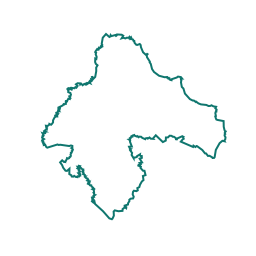 the district of Tangerang, Banten, Indonesia, rotated 45°
{"feature_id": "22746128B62876177397182", "entity_name": "Tangerang", "entity_type": "district", "adm_level": 2, "iso_a3": "IDN", "parent_name": "Indonesia", "parent_adm1": "Banten", "projection": "albers", "projection_center": [106.513, -6.182], "detail": "fine", "context": "isolated", "style": "outline", "palette": "teal", "viewbox_px": 256, "rotation_deg": 45, "n_neighbors": 0, "source": "geoboundaries", "source_scale": "gbopen_adm2", "svg_char_len": 5824}
<svg xmlns="http://www.w3.org/2000/svg" viewBox="0 0 256 256"><g transform="rotate(45 128 128)"><path d="M178.7,205.1L181.1,203.9L181.1,203.0L180.0,200.0L176.9,197.2L176.9,195.6L180.1,193.6L182.7,190.5L181.5,189.1L181.8,187.1L182.1,186.2L183.4,186.0L182.8,185.2L180.9,185.7L180.5,185.3L182.1,182.1L181.2,181.1L180.7,178.7L179.7,177.9L179.8,176.2L181.4,174.2L180.7,172.6L178.2,171.6L176.7,169.6L176.5,168.2L178.6,166.7L179.0,165.2L177.1,163.9L177.8,161.8L176.6,159.6L175.6,156.0L175.8,153.9L172.5,151.4L173.7,148.9L169.9,146.6L168.8,147.6L165.1,147.4L164.5,146.3L161.9,147.3L161.5,146.5L162.7,145.8L162.7,144.5L161.0,144.4L162.3,142.4L157.9,141.4L158.9,139.3L157.5,138.1L156.9,138.8L155.6,138.9L155.1,138.2L154.3,141.5L154.7,141.9L154.2,143.4L152.9,144.9L153.4,145.4L149.6,144.5L148.5,142.7L145.5,142.3L145.6,141.8L144.7,141.7L144.8,140.9L144.1,141.3L142.0,140.5L143.8,138.4L139.1,136.3L138.3,135.2L136.8,135.5L137.3,134.7L137.1,133.5L136.5,133.5L136.8,131.4L136.3,131.3L136.5,130.6L137.1,130.6L136.7,129.8L137.3,128.7L137.6,129.0L140.3,127.8L140.3,127.2L142.0,127.0L141.9,126.3L143.5,124.9L145.1,124.9L148.1,123.7L147.8,122.9L148.7,121.5L149.5,121.5L149.9,119.5L151.6,119.5L153.4,117.9L153.1,117.9L152.8,113.5L162.6,113.3L163.6,110.2L161.5,107.9L162.9,106.4L162.9,104.0L164.4,102.7L165.7,102.6L166.7,101.7L169.3,101.3L169.9,102.0L170.6,101.5L170.3,100.3L172.2,95.4L173.0,95.2L172.8,95.7L173.7,95.6L175.0,96.2L174.7,97.3L175.0,100.3L187.4,95.4L186.8,94.2L189.1,93.8L189.2,92.3L189.7,92.0L196.1,91.0L200.4,91.5L201.2,90.8L204.3,91.2L205.3,90.0L208.3,89.2L209.0,89.4L210.0,88.3L209.9,87.4L205.6,81.4L203.5,73.9L203.8,70.3L205.7,69.1L205.0,68.9L204.8,67.3L203.5,65.6L201.7,65.1L200.9,64.1L201.0,63.5L199.9,63.1L199.5,61.4L198.9,61.7L197.5,61.1L194.9,59.5L190.7,55.5L185.6,59.0L184.5,59.5L183.6,59.2L181.5,58.1L181.7,57.4L179.2,55.7L178.3,53.9L178.7,53.7L177.6,52.3L175.8,52.3L175.3,50.7L173.1,52.3L171.0,52.9L170.5,54.3L169.4,55.5L167.1,56.3L162.9,59.7L160.4,60.8L157.5,61.2L157.5,61.7L155.2,62.0L154.4,62.8L151.3,63.8L143.9,63.4L139.3,60.9L137.0,60.9L133.1,58.2L131.8,56.2L131.3,56.4L130.2,55.5L130.0,54.9L130.4,54.7L129.4,54.6L127.0,56.3L126.8,57.8L124.4,62.6L125.0,63.4L123.5,64.3L123.9,64.6L122.2,63.6L121.7,64.4L121.1,63.9L120.4,64.7L119.6,64.3L118.0,66.2L113.0,69.1L106.8,70.0L103.3,69.3L98.8,66.6L96.8,66.2L96.5,65.6L91.4,64.5L89.7,63.3L89.6,62.0L89.1,62.1L89.0,63.6L85.1,63.8L80.0,61.7L78.3,60.4L76.9,60.3L75.9,62.6L75.0,63.3L72.3,63.1L70.9,62.0L70.3,62.5L69.1,61.9L67.9,62.5L66.7,62.0L67.1,62.9L66.8,63.4L65.7,62.4L65.5,63.4L64.6,62.8L64.6,63.9L63.3,65.0L62.8,66.5L60.9,67.5L60.1,69.0L59.4,66.1L57.6,66.5L54.0,69.7L53.8,70.3L54.5,70.7L54.4,71.4L53.2,71.4L51.3,74.7L50.1,74.6L50.8,75.7L50.5,76.8L46.0,77.1L46.3,82.0L49.9,87.1L51.0,87.4L51.0,88.0L51.7,88.3L50.9,88.9L51.0,89.5L52.0,89.6L51.6,91.5L50.6,91.8L51.1,93.2L51.7,93.4L51.5,93.9L50.4,94.1L50.9,97.1L51.3,97.6L52.2,97.3L53.0,98.7L55.6,99.9L56.8,101.6L55.7,102.0L58.1,104.6L59.9,105.4L62.1,105.2L62.8,107.8L65.3,110.2L68.7,115.1L68.7,117.2L68.0,117.5L66.8,117.0L66.5,117.4L68.8,118.7L68.8,119.4L67.7,119.7L69.1,120.7L68.9,121.3L68.0,121.0L67.7,121.3L67.9,122.7L69.4,123.1L68.6,123.4L68.3,124.3L67.1,125.1L67.1,125.7L68.1,125.6L67.9,126.7L67.3,127.3L66.5,126.8L65.8,128.2L65.7,129.8L63.4,129.8L63.4,131.0L62.5,130.4L60.7,132.0L60.3,133.9L62.6,133.9L63.0,136.0L61.9,136.3L62.1,137.7L60.3,139.1L61.0,140.7L60.3,140.9L59.7,139.9L59.2,139.9L58.7,141.1L59.3,142.1L59.1,142.7L58.2,142.7L58.6,142.2L58.3,141.5L57.6,142.0L57.8,143.4L59.2,143.7L60.4,144.9L63.1,143.7L62.6,144.2L63.9,144.6L64.7,146.0L64.1,147.1L66.0,147.6L65.7,148.2L66.3,148.7L65.1,149.5L65.8,152.0L65.0,152.9L65.3,153.3L66.1,153.0L66.1,154.0L67.0,154.9L66.4,155.5L66.4,156.3L65.6,156.6L65.9,158.2L64.5,162.2L65.8,162.0L66.6,163.4L65.4,163.9L66.4,165.0L67.3,165.0L66.6,165.7L67.2,166.5L66.5,167.9L67.3,168.5L68.6,167.6L68.9,169.3L69.8,169.9L69.3,170.4L68.1,169.7L67.7,170.7L68.8,171.4L68.6,172.4L69.6,175.6L71.0,177.0L71.3,178.7L71.3,180.1L69.5,180.7L70.0,181.4L69.5,184.5L68.8,184.1L68.4,184.4L69.9,185.3L71.6,185.3L70.5,185.8L71.7,186.5L71.1,187.2L70.9,189.1L72.1,188.8L71.3,189.6L71.4,190.2L72.7,189.4L73.1,190.2L72.2,191.6L72.4,192.1L71.7,192.3L73.7,193.0L73.8,193.6L73.2,194.1L74.1,195.6L76.4,195.2L75.9,197.1L76.2,197.8L77.5,197.4L77.7,198.3L78.6,198.2L79.0,198.9L79.7,198.3L80.6,199.5L81.3,198.4L83.5,199.2L84.8,199.0L89.8,189.5L90.9,189.1L92.0,187.7L99.2,182.3L100.0,180.7L101.3,180.0L102.4,181.1L102.2,182.1L103.0,181.8L104.3,182.3L104.2,183.1L104.6,183.0L105.2,184.5L105.1,185.6L105.6,185.6L106.0,187.3L107.3,188.1L107.6,189.2L107.2,189.9L107.7,190.8L107.5,191.7L106.6,192.2L107.0,192.4L106.6,193.2L107.4,195.4L106.9,196.7L107.3,196.8L106.7,197.3L104.3,197.4L104.3,200.3L107.6,200.8L110.2,201.9L114.0,202.4L115.2,201.5L115.4,198.2L119.1,202.1L121.4,201.5L122.5,202.1L123.7,201.1L123.8,199.9L125.5,199.6L127.0,198.5L126.5,197.8L127.7,196.8L127.3,196.1L127.9,195.4L127.1,194.6L126.4,195.3L124.8,195.1L125.6,194.0L124.8,193.6L124.8,192.9L124.2,193.0L123.5,192.2L123.1,192.8L122.3,192.0L120.8,192.3L120.9,191.2L119.8,191.0L120.6,190.3L120.0,189.5L121.0,188.9L121.1,189.5L122.1,189.5L122.3,190.1L122.6,189.5L125.5,189.5L125.8,189.0L126.7,189.7L126.5,190.5L127.4,190.8L127.1,191.2L128.8,191.5L128.9,192.3L130.7,191.7L131.6,192.7L132.2,192.2L132.2,193.0L133.8,193.0L135.2,192.3L136.3,192.6L135.1,193.0L136.5,193.0L136.4,193.9L137.4,193.5L138.3,194.0L139.0,195.8L139.6,195.6L139.6,194.3L140.0,195.0L141.6,195.4L142.6,194.5L143.5,195.1L145.5,194.9L146.3,195.5L146.1,196.4L146.9,196.1L146.8,195.0L147.3,195.0L147.3,195.7L149.6,197.6L149.4,198.1L151.5,198.8L151.5,199.1L152.0,198.8L151.7,200.5L152.7,200.8L151.8,202.5L152.8,202.7L152.2,202.9L153.0,203.6L153.9,203.6L154.3,205.3L156.0,205.2L155.5,204.1L156.1,203.6L158.4,205.0L169.1,204.5L178.7,205.1Z" fill="none" stroke="#0f766e" stroke-width="2"/></g></svg>